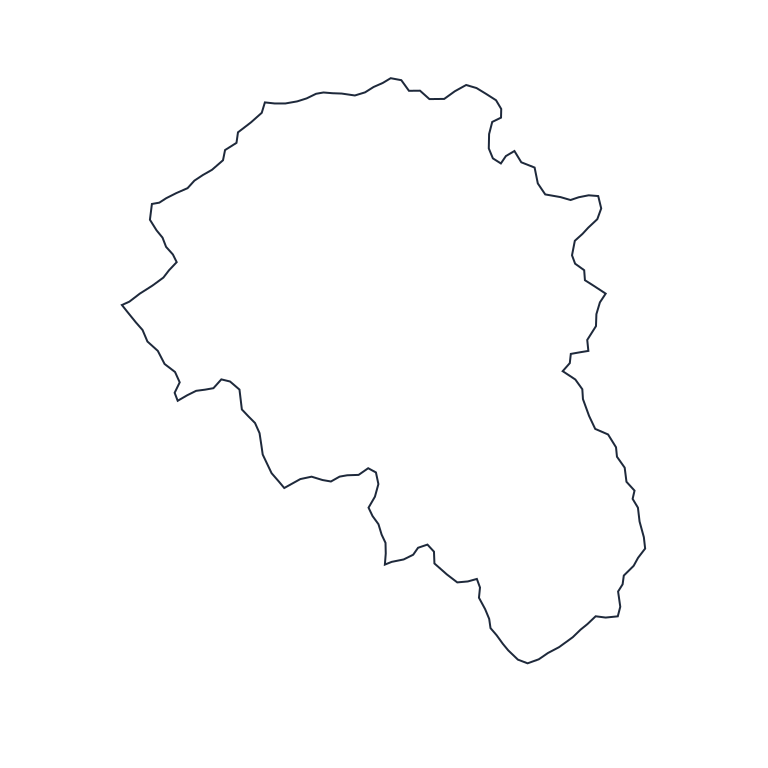 Lagoinha, São Paulo, Brazil, rotated 350°
{"feature_id": "56859067B91717360167872", "entity_name": "Lagoinha", "entity_type": "district", "adm_level": 2, "iso_a3": "BRA", "parent_name": "Brazil", "parent_adm1": "São Paulo", "projection": "robinson", "projection_center": [-45.208, -23.098], "detail": "fine", "context": "isolated", "style": "outline", "palette": "slate", "viewbox_px": 768, "rotation_deg": 350, "n_neighbors": 0, "source": "geoboundaries", "source_scale": "gbopen_adm2", "svg_char_len": 2381}
<svg xmlns="http://www.w3.org/2000/svg" viewBox="0 0 768 768"><g transform="rotate(350 384 384)"><path d="M283.9,110.8L280.6,120.9L268.1,126.0L264.3,135.7L251.8,143.2L242.0,146.7L232.6,150.8L224.6,157.0L212.7,159.9L201.8,163.2L194.2,166.4L186.7,166.4L182.0,181.6L186.7,193.2L191.3,201.4L193.2,211.1L198.6,219.8L201.0,228.0L192.1,234.6L185.2,240.9L173.0,246.9L159.2,252.6L147.5,258.7L139.6,260.7L143.9,268.6L150.2,280.0L155.6,288.9L158.4,301.1L167.0,312.1L171.4,326.2L180.3,335.9L183.1,346.9L176.3,356.3L177.9,364.7L188.3,360.9L197.8,358.1L206.7,358.5L215.3,358.5L224.6,351.2L232.8,354.8L240.7,364.4L239.6,384.4L244.9,392.4L250.2,400.0L252.9,410.8L252.6,423.1L252.3,432.4L254.7,441.1L257.8,452.3L263.5,461.8L267.7,469.1L285.1,463.1L296.6,462.7L306.8,467.9L314.8,470.8L324.2,467.5L331.9,467.5L343.2,469.1L353.8,464.2L360.7,469.7L361.1,481.6L355.5,493.4L347.3,503.1L349.8,512.1L354.2,521.1L355.5,531.9L357.9,540.7L356.3,551.2L353.5,562.0L360.7,560.5L372.9,560.2L383.1,557.2L389.1,551.2L398.9,549.7L404.1,557.8L402.5,569.5L412.8,582.4L421.7,592.1L432.3,593.0L441.6,592.1L443.2,601.1L440.4,611.0L444.5,623.3L446.8,633.6L446.5,642.9L451.3,651.0L455.9,660.5L460.1,667.9L468.0,678.7L476.9,684.0L488.6,682.0L498.7,677.4L510.6,673.6L526.0,666.1L535.0,660.0L542.6,655.8L552.1,649.5L561.7,652.5L573.9,653.4L578.0,644.4L578.5,629.0L584.2,622.7L586.9,614.3L598.3,606.4L604.0,599.3L612.6,591.4L613.3,580.0L611.8,563.8L612.6,549.9L608.9,540.3L612.2,532.5L605.8,522.4L606.5,508.2L600.8,496.1L601.5,486.6L595.9,472.6L584.2,464.9L580.4,451.0L577.3,433.4L578.4,423.6L573.2,412.8L562.2,402.4L570.6,395.7L573.2,386.8L582.8,386.8L591.0,386.9L591.8,375.9L602.8,363.8L605.3,352.1L610.8,341.1L618.0,333.5L607.7,323.8L599.9,316.7L600.9,306.7L593.1,298.7L591.5,289.9L596.8,276.1L605.6,270.6L612.3,265.5L622.7,258.7L628.4,248.8L627.6,236.1L618.3,233.7L608.2,233.9L599.6,235.2L590.3,230.6L575.7,225.3L570.3,213.2L569.9,197.0L557.7,189.5L552.9,177.2L543.6,180.7L537.4,187.1L530.4,180.7L528.1,170.2L530.9,156.1L536.1,144.7L545.5,142.0L547.2,133.5L543.6,124.0L535.0,116.1L526.5,108.6L516.8,103.8L504.6,108.0L492.8,113.7L478.2,111.3L470.4,101.4L459.5,99.6L453.8,87.8L443.7,84.0L435.1,87.3L425.3,89.7L416.0,93.5L405.4,94.8L392.7,90.6L383.8,88.7L375.0,86.4L367.5,86.4L357.4,89.3L347.6,90.6L335.5,90.6L324.9,88.7L315.6,86.0L310.7,95.7L298.5,103.2L283.9,110.8Z" fill="none" stroke="#1e293b" stroke-width="2"/></g></svg>